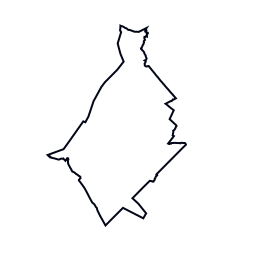 Santiago Niltepec, Oaxaca, Mexico (orthographic projection), rotated 123°
{"feature_id": "50627088B55269225316666", "entity_name": "Santiago Niltepec", "entity_type": "district", "adm_level": 2, "iso_a3": "MEX", "parent_name": "Mexico", "parent_adm1": "Oaxaca", "projection": "orthographic", "projection_center": [-94.638, 16.52], "detail": "fine", "context": "isolated", "style": "outline", "palette": "ink", "viewbox_px": 256, "rotation_deg": 123, "n_neighbors": 0, "source": "geoboundaries", "source_scale": "gbopen_adm2", "svg_char_len": 5059}
<svg xmlns="http://www.w3.org/2000/svg" viewBox="0 0 256 256"><g transform="rotate(123 128 128)"><path d="M218.1,101.2L222.0,93.8L213.7,92.1L197.7,88.7L196.8,79.6L195.4,66.0L189.7,66.3L185.8,78.2L184.5,86.0L169.8,83.0L160.6,81.0L160.6,80.8L160.5,80.6L160.3,80.4L160.0,80.1L159.9,79.6L159.7,79.3L159.7,79.0L159.6,78.7L159.6,78.3L159.5,78.2L159.3,78.0L159.2,77.8L159.1,77.5L158.5,77.7L158.4,77.6L158.1,77.5L157.9,77.5L157.7,77.5L157.5,77.4L157.2,77.4L156.8,77.5L156.6,77.6L156.3,77.7L156.0,78.0L155.7,78.0L155.5,77.9L155.3,77.9L155.1,77.9L154.9,77.9L154.6,77.9L154.5,78.0L154.2,78.1L153.8,78.2L153.5,78.2L153.3,78.3L153.1,78.3L152.9,78.2L152.7,78.1L152.4,78.0L152.3,77.9L152.2,77.8L151.8,77.7L151.7,77.7L151.6,77.8L151.5,78.0L151.4,78.4L151.4,78.5L151.3,78.9L120.5,72.5L112.9,70.9L110.5,70.3L110.3,70.5L110.0,70.9L109.8,71.4L109.6,72.1L110.4,73.4L110.9,74.3L111.2,75.1L111.4,75.3L111.7,75.5L112.3,75.7L112.4,75.8L112.4,76.1L112.5,76.5L113.1,77.4L113.3,77.7L114.0,78.9L114.5,79.9L116.9,83.3L117.2,83.4L117.5,83.4L117.5,83.5L117.7,83.8L118.0,84.1L118.5,84.3L118.8,84.4L119.0,84.7L119.1,85.0L119.2,85.9L109.8,85.1L109.9,86.5L108.1,87.2L106.7,87.8L106.3,88.1L106.1,88.3L105.9,88.5L105.7,88.6L105.5,88.4L105.0,88.3L104.7,88.3L104.3,88.1L102.7,88.1L101.7,88.3L101.4,88.3L101.0,88.5L100.7,88.5L100.6,88.4L100.2,88.3L99.5,88.7L97.9,97.9L88.2,99.3L88.0,101.8L88.0,102.0L87.7,104.9L87.7,105.0L87.4,107.1L87.2,109.7L84.6,108.2L83.4,107.5L81.9,106.7L81.7,106.1L81.2,106.1L80.7,105.9L80.3,105.8L79.7,105.9L79.6,105.4L78.7,104.9L77.0,104.0L76.6,105.6L76.1,107.2L75.8,108.3L75.7,108.4L75.5,109.4L75.2,110.3L74.8,112.0L74.4,113.4L74.0,114.4L73.9,114.6L73.8,115.3L73.1,117.8L72.9,118.5L72.8,119.0L72.2,120.8L71.9,121.8L71.8,122.4L71.6,123.0L71.3,123.9L71.0,124.8L70.9,125.5L70.2,127.7L69.9,128.6L69.8,128.9L69.7,129.0L69.6,129.5L69.3,130.2L69.3,130.3L69.2,130.6L69.0,131.3L68.6,132.8L68.1,134.3L68.0,134.6L67.9,134.8L67.6,135.7L67.1,137.3L66.8,138.1L66.6,138.8L66.4,139.5L66.1,140.3L65.4,142.6L64.9,143.9L64.8,144.4L65.0,144.8L65.3,145.0L66.0,145.6L66.3,145.9L66.5,146.4L66.6,146.9L66.6,147.4L66.3,148.1L65.6,148.5L65.4,148.7L65.0,149.0L64.8,149.2L63.7,149.1L63.2,149.2L62.6,149.4L62.3,149.5L62.3,150.0L62.3,150.8L61.6,150.4L61.1,150.2L60.4,150.1L59.7,150.2L59.5,150.4L59.1,150.8L58.8,151.5L58.4,152.0L58.2,152.2L57.9,152.4L57.5,152.8L57.2,153.5L57.0,154.2L56.7,154.6L56.2,155.1L55.8,155.8L55.4,156.5L55.2,157.1L55.1,157.9L55.1,158.2L54.8,158.9L54.6,159.1L54.6,159.7L54.6,160.2L54.3,160.4L54.0,160.1L53.7,160.1L53.3,160.4L53.0,160.4L52.4,160.4L52.1,160.4L51.6,160.5L51.3,160.6L51.0,160.7L50.7,160.8L50.4,160.7L50.0,160.8L49.6,160.8L49.3,160.7L48.9,160.8L48.3,161.1L48.0,161.1L47.6,161.1L47.3,161.3L47.0,161.7L46.7,162.0L46.1,162.0L45.6,161.9L44.9,161.7L44.6,162.1L44.4,162.4L44.2,162.7L43.9,163.1L43.4,163.5L42.9,163.7L42.6,163.8L42.4,163.5L42.3,163.1L42.1,162.9L41.8,162.8L41.0,162.9L40.9,162.4L40.9,161.9L40.7,162.0L40.6,162.7L40.5,162.9L40.3,163.0L40.0,163.0L39.2,162.8L38.9,163.0L38.6,163.6L38.4,163.5L38.1,163.0L37.8,162.9L37.5,163.0L37.4,163.3L37.7,163.7L37.7,164.1L37.7,164.7L37.7,165.0L37.7,165.6L37.8,166.0L37.6,166.2L37.2,165.9L36.8,165.7L36.5,165.5L36.2,165.6L36.0,165.9L36.2,166.4L36.3,166.8L36.1,166.9L35.9,166.8L35.6,166.8L35.3,166.9L35.0,167.0L34.7,167.0L34.4,166.9L34.0,166.9L41.5,171.3L41.7,171.7L43.8,175.2L44.1,176.8L44.3,177.8L44.4,178.2L44.5,178.5L44.7,179.1L44.7,179.8L45.0,180.3L45.3,180.7L45.5,181.2L45.5,181.8L45.4,182.4L45.3,183.0L45.3,183.6L45.4,184.1L45.6,184.7L45.6,185.4L45.6,186.0L45.6,186.8L45.7,187.6L45.8,188.2L46.0,188.9L46.4,189.7L46.4,190.0L47.9,189.1L48.3,188.9L50.5,187.8L51.3,186.0L62.7,182.7L64.2,181.0L64.4,180.9L70.1,174.5L72.0,171.7L74.7,167.8L84.9,168.7L102.2,172.3L108.2,172.7L114.8,172.2L122.6,171.6L123.8,171.6L129.2,170.2L135.4,168.6L140.0,167.4L142.8,167.2L146.4,166.9L146.8,169.1L170.3,170.0L180.8,170.5L187.6,175.6L194.4,180.7L194.7,179.3L194.8,178.7L195.0,177.7L194.4,177.7L194.5,177.3L194.5,177.0L194.6,176.7L194.6,176.4L194.6,176.2L194.5,175.7L194.4,175.6L194.3,175.2L193.9,174.0L193.7,173.6L193.6,173.1L193.4,172.6L193.2,172.0L193.0,171.3L192.7,170.2L192.3,169.1L192.2,168.8L191.0,168.0L190.9,168.0L190.6,167.7L190.1,167.3L189.8,167.0L189.2,165.5L188.9,165.5L189.6,162.6L186.4,162.5L186.4,162.4L186.2,161.8L186.1,161.6L187.0,160.8L187.5,160.9L187.6,161.0L188.4,160.4L189.2,159.8L189.5,159.5L189.8,159.4L190.4,158.9L191.2,157.7L191.4,157.3L192.2,155.9L192.9,154.6L193.1,154.2L193.6,153.1L193.8,152.8L193.9,152.7L194.0,152.5L194.1,152.3L194.1,152.2L194.4,152.0L194.5,151.9L194.6,151.7L194.7,151.3L194.7,151.2L194.8,151.0L194.8,150.8L194.7,150.7L194.6,149.7L194.5,149.2L194.5,148.7L194.6,147.8L194.7,147.3L194.8,146.6L194.8,146.3L194.7,145.5L194.8,145.0L194.8,143.9L195.0,143.1L194.8,142.6L194.9,141.4L195.6,141.0L196.0,140.5L196.5,140.6L197.1,140.8L197.4,140.8L198.0,140.9L198.7,140.7L199.4,138.6L199.6,138.1L200.7,135.1L202.1,131.7L203.6,128.9L204.7,126.9L207.9,121.3L210.0,117.4L210.3,114.7L211.8,111.8L211.9,110.8L212.9,109.7L213.7,108.8L216.9,103.5L218.1,101.2Z" fill="none" stroke="#020617" stroke-width="2"/></g></svg>